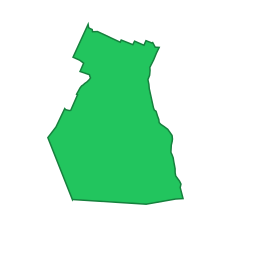 the district of Kuala Selangor, Selangor, Malaysia, rotated 204°
{"feature_id": "92858781B52521968148522", "entity_name": "Kuala Selangor", "entity_type": "district", "adm_level": 2, "iso_a3": "MYS", "parent_name": "Malaysia", "parent_adm1": "Selangor", "projection": "albers", "projection_center": [101.325, 3.38], "detail": "fine", "context": "isolated", "style": "filled", "palette": "green", "viewbox_px": 256, "rotation_deg": 204, "n_neighbors": 0, "source": "geoboundaries", "source_scale": "gbopen_adm2", "svg_char_len": 1110}
<svg xmlns="http://www.w3.org/2000/svg" viewBox="0 0 256 256"><g transform="rotate(204 128 128)"><path d="M49.0,85.9L56.1,94.8L56.8,98.3L59.3,100.4L64.9,103.6L66.8,106.4L68.4,109.9L70.5,113.0L72.6,116.0L74.5,119.0L76.8,121.4L78.9,123.2L81.5,130.0L82.2,133.7L82.9,136.0L84.5,138.8L85.0,139.3L91.2,143.0L95.7,144.0L99.6,144.7L101.7,145.6L103.4,148.4L105.7,150.7L109.2,154.7L111.3,155.1L113.1,157.0L124.6,172.6L126.7,176.4L129.5,180.3L129.7,185.0L131.3,189.6L132.7,192.2L132.3,200.6L132.5,208.3L132.3,214.3L136.0,212.9L140.2,216.1L140.7,215.4L147.1,215.1L147.1,210.1L157.3,210.0L157.5,206.1L170.0,205.6L170.0,203.2L180.5,203.4L195.1,203.7L197.5,202.5L199.6,201.6L200.8,203.4L203.3,203.4L204.8,203.7L206.6,206.5L206.8,189.3L207.0,170.3L199.7,170.3L194.9,169.2L194.8,160.1L184.9,161.0L183.7,159.5L182.6,158.5L183.1,156.3L184.3,153.3L185.7,151.0L186.4,149.3L187.5,147.5L188.1,145.1L188.7,137.9L187.6,137.9L187.5,120.9L188.2,120.3L189.4,119.9L192.4,119.4L193.7,120.0L193.7,119.7L194.2,99.7L197.3,86.6L149.6,39.9L149.6,40.1L80.4,65.8L55.6,82.5L49.0,85.9Z" fill="#22c55e" stroke="#15803d" stroke-width="1.5"/></g></svg>